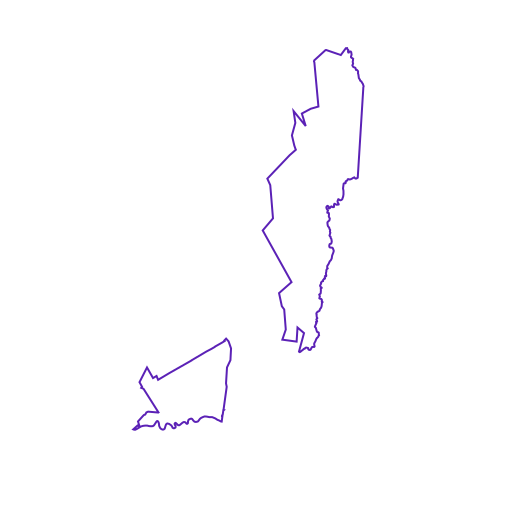 Torreón, Coahuila, Mexico (Natural Earth projection), rotated 228°
{"feature_id": "50627088B67777586525321", "entity_name": "Torreón", "entity_type": "district", "adm_level": 2, "iso_a3": "MEX", "parent_name": "Mexico", "parent_adm1": "Coahuila", "projection": "natural_earth1", "projection_center": [-103.236, 25.242], "detail": "fine", "context": "isolated", "style": "outline", "palette": "violet", "viewbox_px": 512, "rotation_deg": 228, "n_neighbors": 0, "source": "geoboundaries", "source_scale": "gbopen_adm2", "svg_char_len": 5998}
<svg xmlns="http://www.w3.org/2000/svg" viewBox="0 0 512 512"><g transform="rotate(228 256 256)"><path d="M350.3,461.8L348.6,453.5L362.1,446.0L362.5,445.4L362.4,430.2L361.8,429.3L360.8,428.9L325.3,402.4L328.8,395.2L331.2,385.4L319.3,379.9L338.5,380.9L328.6,374.3L321.6,363.4L312.5,358.4L309.9,357.3L308.3,356.7L308.4,348.5L305.9,316.2L299.1,314.0L272.6,293.8L270.5,278.1L212.8,264.9L213.0,248.3L201.4,241.6L197.4,241.2L181.4,228.9L176.2,219.6L165.2,228.9L175.1,239.0L166.6,240.1L156.2,224.0L155.7,224.0L155.4,224.1L155.2,224.5L155.1,225.1L155.0,227.4L154.9,228.0L155.0,229.1L155.0,229.4L154.5,230.1L154.7,231.0L154.6,231.6L154.3,232.1L152.8,233.1L152.5,233.1L151.7,232.5L151.3,232.5L150.6,232.7L150.1,233.3L149.9,233.6L149.9,233.9L150.2,234.8L150.7,236.1L150.8,236.7L150.6,237.2L149.9,237.9L149.5,238.4L149.5,238.7L149.6,239.0L151.7,240.3L152.2,241.1L152.9,243.1L154.0,245.3L154.1,246.0L154.3,246.3L154.2,246.7L154.3,247.5L154.3,248.1L154.9,249.2L154.9,249.8L155.8,250.3L157.0,251.3L157.5,251.3L158.1,251.0L158.4,250.7L158.8,250.7L159.6,250.9L162.6,252.4L163.5,252.3L164.0,252.4L164.7,253.6L165.0,254.5L165.6,255.5L165.8,256.2L166.6,256.3L166.9,256.6L166.9,256.8L166.6,257.4L166.6,257.7L167.1,258.0L168.4,258.4L168.7,259.1L168.8,259.4L168.7,259.8L168.8,260.0L169.8,260.2L170.4,260.6L171.6,261.5L171.9,261.9L172.6,262.1L173.0,262.6L173.2,263.1L173.4,264.6L173.0,265.3L172.9,266.7L173.5,267.5L173.7,268.1L173.9,268.8L173.9,269.3L174.5,270.7L175.1,271.5L177.0,273.6L177.2,274.6L177.6,274.7L177.9,274.3L178.0,274.3L178.6,274.8L179.2,275.5L179.7,275.7L180.4,275.7L181.6,274.9L181.9,274.8L182.2,274.8L183.0,275.9L183.2,276.4L185.0,277.2L185.0,277.9L184.9,278.5L185.1,279.2L186.9,281.1L188.5,282.4L188.5,282.7L188.3,283.3L188.5,283.6L188.9,283.6L189.8,283.3L191.0,283.7L191.5,284.6L191.9,285.9L192.5,286.3L192.8,286.8L192.9,288.1L192.6,288.7L192.5,289.0L193.2,289.7L193.3,290.0L193.3,290.9L193.5,291.3L193.1,291.9L193.1,292.2L194.3,293.0L194.4,293.3L194.3,293.8L194.9,294.2L194.8,294.4L194.2,294.8L194.3,295.0L196.4,296.4L197.5,298.0L198.1,298.5L198.5,299.0L198.9,300.1L198.8,300.9L200.0,301.3L200.9,302.3L201.6,304.8L202.7,307.2L202.8,308.8L203.5,310.6L205.4,312.9L206.8,315.7L207.6,317.0L208.2,317.5L209.2,317.8L210.0,318.2L210.7,318.3L211.2,318.2L211.9,317.5L212.8,316.7L213.5,316.6L214.1,316.9L214.7,317.4L215.4,318.4L215.5,318.7L215.4,319.2L215.0,319.8L215.1,320.6L215.4,321.1L216.2,322.1L218.2,323.4L219.5,323.6L220.2,324.2L220.6,324.3L221.1,324.1L222.0,324.3L222.2,324.5L222.6,325.4L223.1,326.0L223.5,326.8L224.5,327.1L225.7,328.5L227.1,328.8L228.2,329.4L229.8,329.4L230.8,329.8L232.4,330.9L233.1,331.5L233.3,331.9L233.4,333.1L233.3,334.2L233.6,334.8L233.9,335.2L234.5,335.9L236.6,336.5L238.1,338.1L238.9,338.7L239.3,338.8L240.2,338.1L240.5,338.0L240.9,338.4L241.6,339.9L243.0,340.0L243.9,340.2L244.8,340.6L245.2,341.0L245.4,341.3L245.5,341.9L245.5,342.5L245.3,342.8L244.5,343.0L243.9,343.0L243.6,342.9L243.2,342.2L242.9,342.1L242.5,342.1L242.2,342.5L242.2,343.4L242.5,344.8L242.5,345.1L242.2,345.4L241.3,345.5L241.0,345.7L240.6,346.1L240.3,346.6L240.5,347.0L241.8,348.2L242.2,348.8L242.3,349.2L242.0,349.5L240.3,350.1L239.6,350.9L239.0,351.8L239.1,352.1L239.3,352.2L240.7,352.5L241.9,353.0L242.5,353.8L243.0,354.9L243.1,355.1L242.9,355.4L242.0,355.4L241.1,355.9L240.8,356.2L240.5,357.0L240.5,358.1L241.9,360.6L243.3,362.3L245.9,364.6L248.0,365.9L251.0,369.4L251.1,369.6L251.0,370.3L250.8,370.6L250.3,371.0L250.3,371.5L250.6,371.9L251.2,372.2L251.4,372.5L251.4,373.2L251.1,374.1L251.1,374.4L251.6,375.5L251.5,375.9L250.9,376.4L250.3,376.7L249.7,377.6L249.2,379.4L249.1,380.2L248.8,381.1L248.7,381.6L247.1,381.7L246.6,382.1L246.3,382.7L246.2,383.2L246.4,383.8L246.2,384.1L308.7,447.8L309.1,448.1L310.2,449.6L312.5,450.6L314.1,450.8L315.2,451.1L316.3,450.8L316.7,450.8L317.5,451.2L319.4,451.5L322.5,453.6L323.5,454.0L324.5,455.1L325.2,455.5L326.8,455.5L327.0,455.4L327.4,454.9L329.3,455.7L330.0,455.5L331.3,454.8L333.1,455.1L333.4,455.5L333.9,456.8L335.6,457.8L336.4,458.9L337.4,459.8L337.5,460.1L338.1,460.1L339.5,459.6L340.1,459.6L340.6,460.0L341.6,461.7L343.7,463.1L344.5,463.2L345.0,462.8L345.2,462.5L345.3,461.9L345.1,461.1L345.4,460.8L345.9,460.9L346.6,461.4L346.8,461.7L347.1,462.2L347.4,462.4L348.1,462.3L348.6,462.3L349.5,462.8L350.3,461.8ZM214.6,178.5L214.4,175.9L213.8,175.8L214.3,173.0L216.1,164.9L216.0,164.6L216.8,160.7L218.2,155.2L221.6,138.3L221.5,138.2L226.9,113.6L229.5,100.4L233.4,101.8L234.2,97.8L246.1,100.4L240.2,85.0L235.1,83.8L234.8,82.5L233.0,83.4L232.2,83.5L229.9,83.1L205.2,78.9L205.3,78.7L205.2,78.5L212.5,71.7L213.1,69.9L212.3,67.6L212.8,66.5L212.8,65.4L212.0,57.6L207.4,55.5L208.8,54.6L209.3,54.5L209.3,48.8L208.5,49.2L207.7,50.0L207.2,51.7L206.3,56.4L205.4,58.3L204.1,60.2L203.4,61.0L202.7,61.7L201.2,62.7L200.4,63.4L199.6,64.2L198.6,65.5L198.5,66.3L198.4,66.8L199.0,69.2L199.5,71.0L199.5,71.8L199.5,72.1L199.3,72.3L198.7,72.5L197.6,72.3L196.2,71.6L194.6,70.4L192.7,69.8L192.2,69.7L190.9,69.8L189.9,70.2L189.2,70.7L188.8,71.7L188.8,72.6L190.3,75.1L190.9,76.2L191.1,77.2L190.9,78.0L190.5,78.3L189.3,79.1L187.2,79.6L186.8,79.7L185.4,79.5L184.3,79.1L183.5,79.3L183.0,79.6L182.7,80.0L182.4,81.2L182.6,81.7L183.6,82.6L184.8,82.7L185.4,83.0L185.8,83.3L186.0,84.3L185.9,84.5L185.5,84.7L182.7,84.9L182.3,85.0L181.9,85.4L181.6,85.7L181.4,86.6L181.3,89.7L181.1,90.8L180.8,91.4L180.2,91.9L179.6,92.2L177.8,92.2L177.4,92.5L177.3,93.1L177.4,93.6L178.7,94.9L179.2,95.9L179.4,96.4L179.3,97.0L179.1,97.8L178.6,98.9L178.3,99.2L177.5,99.5L175.6,99.3L174.2,99.4L173.4,99.8L172.6,100.7L172.1,101.7L171.9,102.3L172.5,105.4L172.4,106.9L171.9,108.6L171.2,110.4L170.2,111.4L169.4,112.1L167.5,113.5L165.8,115.4L165.4,115.7L162.7,117.0L161.0,117.5L160.4,117.6L159.7,117.9L158.8,118.4L156.5,119.2L155.9,119.7L159.3,123.7L159.6,123.5L159.8,123.7L159.7,123.8L159.8,124.0L159.9,123.9L160.2,124.3L160.6,125.4L163.3,128.6L163.0,128.9L163.0,129.0L163.3,128.8L178.4,146.7L181.4,148.5L192.6,159.9L195.7,167.3L204.0,175.6L210.9,178.5L214.6,178.5Z" fill="none" stroke="#5b21b6" stroke-width="2"/></g></svg>